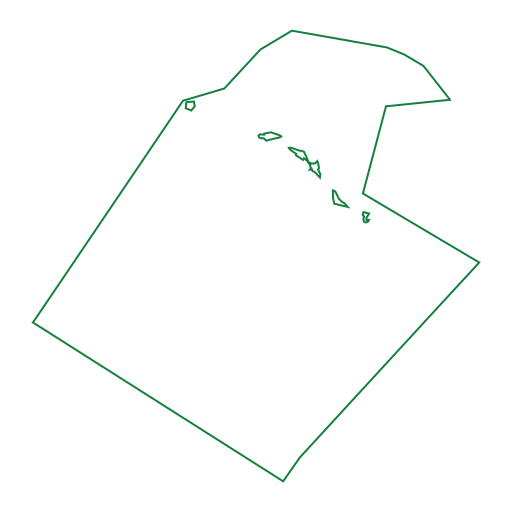 Zemam Out, Al Buhayrah, Egypt
{"feature_id": "37247803B42276960376835", "entity_name": "Zemam Out", "entity_type": "district", "adm_level": 2, "iso_a3": "EGY", "parent_name": "Egypt", "parent_adm1": "Al Buhayrah", "projection": "orthographic", "projection_center": [30.378, 30.239], "detail": "fine", "context": "isolated", "style": "outline", "palette": "green", "viewbox_px": 512, "rotation_deg": 0, "n_neighbors": 0, "source": "geoboundaries", "source_scale": "gbopen_adm2", "svg_char_len": 1408}
<svg xmlns="http://www.w3.org/2000/svg" viewBox="0 0 512 512"><path d="M224.3,88.5L183.0,100.7L169.0,121.4L144.3,158.0L106.6,213.7L64.4,276.1L33.7,321.4L32.8,322.4L283.1,481.3L299.9,457.4L427.5,318.6L479.2,262.5L362.9,193.5L386.0,106.3L449.9,99.8L449.8,99.6L449.5,99.1L440.0,87.0L427.3,70.8L423.4,65.9L416.7,61.9L410.2,58.0L408.2,56.9L404.4,54.6L386.8,47.4L353.6,41.6L291.9,30.7L291.5,30.9L260.4,49.5L224.3,88.5L224.3,88.5ZM271.0,132.3L279.8,135.4L281.2,136.4L279.8,137.4L271.9,139.2L266.3,140.7L263.7,138.2L261.3,138.4L259.1,137.4L258.5,135.8L259.9,134.3L264.2,134.7L264.2,133.6L271.0,132.3ZM306.1,156.2L308.2,161.5L303.9,158.3L302.9,159.9L296.0,155.2L296.2,153.9L290.1,149.7L288.9,147.9L290.7,147.6L298.2,150.2L303.0,151.4L304.0,151.8L306.1,156.2ZM344.7,203.4L347.7,206.9L334.2,203.7L333.0,197.7L332.9,190.4L335.3,191.5L338.8,198.6L341.6,201.6L344.7,203.4ZM318.1,163.1L319.0,168.1L318.0,169.5L320.4,174.2L319.9,177.5L314.5,171.8L313.3,171.5L312.5,171.1L312.0,169.4L309.9,169.7L311.1,167.9L310.1,166.4L310.3,165.1L307.6,161.8L311.4,163.5L313.0,163.6L314.1,163.4L315.5,163.2L317.2,161.1L318.1,163.1ZM194.7,106.4L191.3,110.5L185.7,108.2L186.2,103.6L186.2,102.5L187.2,102.0L193.9,101.6L194.7,106.4ZM366.3,218.3L366.6,220.0L368.9,220.0L368.0,221.6L366.4,222.4L365.4,222.3L364.2,222.0L363.3,219.0L364.2,216.5L362.7,215.1L363.4,212.1L369.0,213.5L366.3,218.3Z" fill="none" stroke="#15803d" stroke-width="2"/></svg>